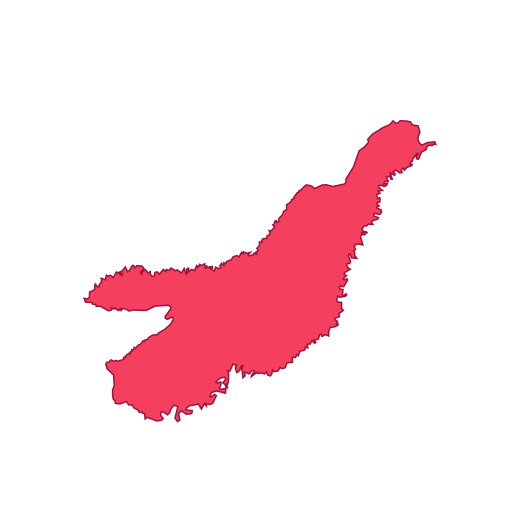 Seate, Mokhotlong, Lesotho, rotated 39°
{"feature_id": "5366337B91839727568065", "entity_name": "Seate", "entity_type": "district", "adm_level": 2, "iso_a3": "LSO", "parent_name": "Lesotho", "parent_adm1": "Mokhotlong", "projection": "equal_earth", "projection_center": [28.771, -29.06], "detail": "fine", "context": "isolated", "style": "filled", "palette": "rose", "viewbox_px": 512, "rotation_deg": 39, "n_neighbors": 0, "source": "geoboundaries", "source_scale": "gbopen_adm2", "svg_char_len": 6125}
<svg xmlns="http://www.w3.org/2000/svg" viewBox="0 0 512 512"><g transform="rotate(39 256 256)"><path d="M309.9,409.3L308.8,403.1L311.9,403.8L310.2,402.0L313.3,400.9L315.1,397.9L313.1,389.5L310.9,389.6L309.7,393.9L308.6,394.3L307.3,390.0L310.4,385.6L318.5,381.9L316.7,378.9L315.3,378.5L312.4,381.9L311.1,382.0L309.2,377.3L307.7,376.0L306.0,379.0L304.3,379.4L304.7,374.1L307.8,369.9L309.8,370.5L310.1,375.5L312.8,375.3L316.1,377.2L316.9,376.3L313.7,374.4L314.8,373.9L313.6,371.1L308.9,364.7L306.0,363.0L308.1,361.9L306.2,354.7L309.2,353.1L310.7,356.4L314.6,358.7L315.4,355.2L313.8,350.8L315.1,349.5L315.9,352.5L322.5,358.8L322.9,356.0L320.2,353.4L324.9,351.9L324.9,348.0L326.7,346.3L327.9,347.0L327.2,350.0L328.3,352.6L330.0,345.8L331.5,346.1L333.7,343.5L336.8,342.3L337.0,339.5L339.9,341.2L342.6,340.2L342.6,338.1L340.6,334.2L342.6,334.6L345.5,331.4L344.8,327.6L347.4,326.9L349.0,324.5L347.3,319.5L351.3,315.8L348.1,311.9L350.6,310.0L349.8,306.8L351.7,306.9L350.0,302.4L353.1,298.5L351.8,295.7L354.1,294.8L351.4,292.5L353.5,290.2L352.8,286.9L356.7,286.8L356.7,285.4L354.0,285.2L356.8,281.2L354.9,277.3L355.8,275.9L357.9,277.0L359.5,273.3L362.9,272.4L359.9,268.8L358.6,265.0L362.3,260.7L363.2,258.1L362.5,257.1L361.4,258.1L360.5,255.5L357.6,255.9L356.4,254.9L359.1,250.5L356.7,248.8L358.1,243.3L355.2,242.7L351.7,238.1L348.7,240.4L346.4,239.5L344.7,235.6L347.1,235.3L350.8,231.0L351.0,229.3L349.6,228.8L349.4,231.5L348.1,232.4L344.7,227.3L341.8,228.9L340.5,228.2L340.3,225.8L342.0,225.9L343.5,224.3L342.3,216.9L341.1,216.5L339.7,219.0L338.2,219.1L338.6,214.3L336.1,214.7L335.2,213.6L337.6,206.9L335.3,207.3L331.9,205.8L331.6,204.4L333.7,202.9L332.9,200.7L327.3,197.4L327.7,195.1L331.5,197.3L335.9,194.4L332.3,193.5L330.2,190.9L328.6,190.6L329.3,188.3L326.4,186.7L326.2,184.9L327.8,182.3L332.1,180.2L324.8,175.0L324.6,172.9L327.0,171.3L327.4,167.7L325.5,168.2L323.6,172.4L323.8,169.2L321.5,168.9L321.1,164.1L323.1,163.1L323.2,160.6L326.9,157.9L324.9,157.4L324.2,155.0L327.4,151.1L326.9,149.1L322.6,150.9L320.9,148.5L325.9,145.9L326.1,143.0L324.0,141.4L319.5,142.7L318.8,141.6L320.2,139.7L316.9,139.1L316.7,137.6L318.3,136.3L316.1,133.1L315.4,132.9L314.8,134.8L311.0,132.2L312.9,129.3L309.9,128.7L313.0,125.5L308.0,125.4L307.2,124.5L307.8,122.9L312.2,121.0L313.0,118.6L312.4,116.5L310.0,119.8L309.3,116.9L311.6,114.5L307.7,112.8L309.8,109.7L312.4,111.4L313.6,110.5L308.0,107.1L313.0,106.0L312.5,104.7L309.7,104.4L310.5,101.2L315.2,101.1L317.1,99.2L315.0,98.2L314.7,96.1L315.6,94.8L317.3,96.1L317.6,92.1L320.2,87.6L319.5,86.5L318.2,87.8L317.3,86.2L317.8,83.6L316.7,81.9L316.6,74.7L317.8,74.6L317.7,77.5L319.6,79.4L321.4,78.6L319.2,71.3L321.2,66.2L320.3,64.4L320.5,61.0L323.3,59.5L324.0,56.9L325.5,56.1L323.0,54.8L317.8,60.1L315.0,65.7L312.9,65.5L309.1,64.2L306.8,61.1L305.4,56.6L300.2,52.9L295.0,55.7L291.7,54.6L288.5,56.1L283.0,60.1L282.4,63.6L280.9,64.9L277.5,64.7L277.2,69.9L274.0,76.0L269.8,88.1L269.4,95.2L271.2,95.8L271.9,97.7L271.6,103.2L269.9,109.1L275.7,125.4L277.6,139.8L279.6,142.1L279.4,144.4L272.0,153.6L265.6,156.5L262.8,159.1L259.0,166.8L255.4,166.5L250.6,168.8L250.0,170.2L249.3,176.7L248.3,178.6L249.1,179.9L248.2,180.9L248.4,186.6L249.5,187.2L248.2,189.8L249.1,192.5L247.5,196.9L250.6,200.7L249.4,204.0L250.6,207.1L250.2,212.2L252.2,215.3L251.2,216.6L249.4,215.7L248.8,217.4L250.1,218.9L249.5,221.3L252.4,221.8L251.8,227.3L250.2,227.9L252.8,229.6L253.0,231.6L251.8,233.2L253.3,235.4L250.6,238.0L250.6,240.5L252.1,241.6L249.8,243.0L252.1,245.8L251.8,249.5L254.3,250.5L253.4,253.4L255.2,254.1L252.6,255.2L253.3,256.5L250.0,260.6L249.1,260.0L249.3,256.7L247.0,259.8L243.7,260.6L243.4,261.6L245.5,262.7L242.5,262.4L243.4,267.3L240.9,267.6L238.7,271.1L239.1,274.6L236.6,278.8L237.4,280.9L235.2,281.5L237.1,283.7L233.7,283.4L234.1,286.2L236.0,287.6L235.0,289.2L231.6,290.2L233.0,294.0L227.7,294.5L229.7,292.8L228.6,291.6L225.2,295.7L223.6,294.3L224.7,296.8L224.0,297.3L221.0,294.3L219.8,297.5L217.4,298.0L218.2,299.8L217.4,300.2L217.7,301.6L215.9,300.9L217.5,305.9L214.4,306.8L213.4,310.9L211.5,307.9L210.5,308.6L210.5,310.2L213.3,312.7L212.9,314.1L208.0,310.9L208.8,316.0L203.3,316.4L202.7,318.1L197.5,318.8L197.7,321.6L194.8,322.9L195.7,324.9L192.4,324.7L192.3,331.1L189.7,330.4L188.2,331.5L188.1,333.3L189.6,335.2L188.9,336.8L186.0,337.1L183.7,334.7L182.7,337.1L178.6,336.2L177.5,340.4L178.5,341.9L177.3,342.3L176.5,340.7L176.9,336.2L173.6,335.6L169.6,338.5L169.7,341.1L167.0,340.4L165.8,341.2L166.8,347.1L166.0,349.0L161.4,346.8L161.4,351.8L159.7,355.1L163.2,353.9L163.9,355.5L157.6,356.2L158.6,362.5L154.9,362.6L153.3,365.2L151.8,365.1L153.9,369.2L149.7,370.7L152.2,373.2L152.3,377.2L153.5,378.4L151.9,379.7L148.8,378.9L149.3,380.8L151.4,382.5L151.3,385.0L149.4,388.8L152.6,393.1L152.0,395.5L149.1,397.1L152.5,399.2L157.5,395.5L159.1,396.3L162.0,394.5L163.5,395.7L166.6,393.0L175.7,391.5L177.4,389.7L177.5,388.1L176.4,387.5L177.8,387.3L178.7,385.3L179.4,386.1L180.5,384.8L182.2,385.3L182.9,384.0L183.8,384.6L184.0,381.9L185.5,383.2L185.6,380.9L187.7,379.3L192.1,378.6L194.4,375.4L204.9,367.5L209.1,358.4L219.2,349.2L222.0,349.4L223.0,350.5L223.4,360.0L224.7,361.5L227.2,360.9L229.2,356.1L231.6,356.9L232.5,362.8L231.3,370.4L228.6,377.6L229.0,379.0L225.3,382.7L223.8,387.2L224.2,389.0L222.6,390.8L223.1,392.6L221.7,392.8L221.6,397.7L220.4,399.7L220.6,403.7L218.9,403.6L219.7,406.1L218.4,407.0L219.9,407.9L218.6,409.3L219.5,410.5L218.6,411.3L219.7,411.8L217.7,413.5L218.2,415.6L217.5,416.1L218.4,416.8L216.9,418.2L218.3,419.6L214.8,424.7L212.8,425.3L212.5,426.9L208.5,428.2L208.7,430.6L206.9,432.7L207.4,434.6L211.4,437.4L220.2,438.1L227.5,446.0L228.8,450.3L231.8,454.0L235.1,457.1L237.7,457.2L239.5,459.1L243.5,456.4L246.7,450.7L250.9,451.8L253.4,449.7L257.0,450.9L261.0,449.9L263.7,450.9L265.7,449.0L266.9,449.6L268.5,448.5L272.4,452.4L272.8,450.0L282.9,446.5L286.1,442.8L286.2,440.7L282.1,439.8L280.4,437.5L282.1,435.4L287.2,435.1L287.6,432.5L286.1,427.9L286.1,423.7L290.0,422.2L295.0,432.8L299.1,434.2L300.1,431.4L295.1,427.3L295.3,423.4L301.3,422.8L304.2,420.3L305.0,418.3L303.7,416.3L298.5,419.6L297.7,417.8L298.7,414.0L304.6,407.3L309.9,409.3Z" fill="#f43f5e" stroke="#9f1239" stroke-width="1.5"/></g></svg>